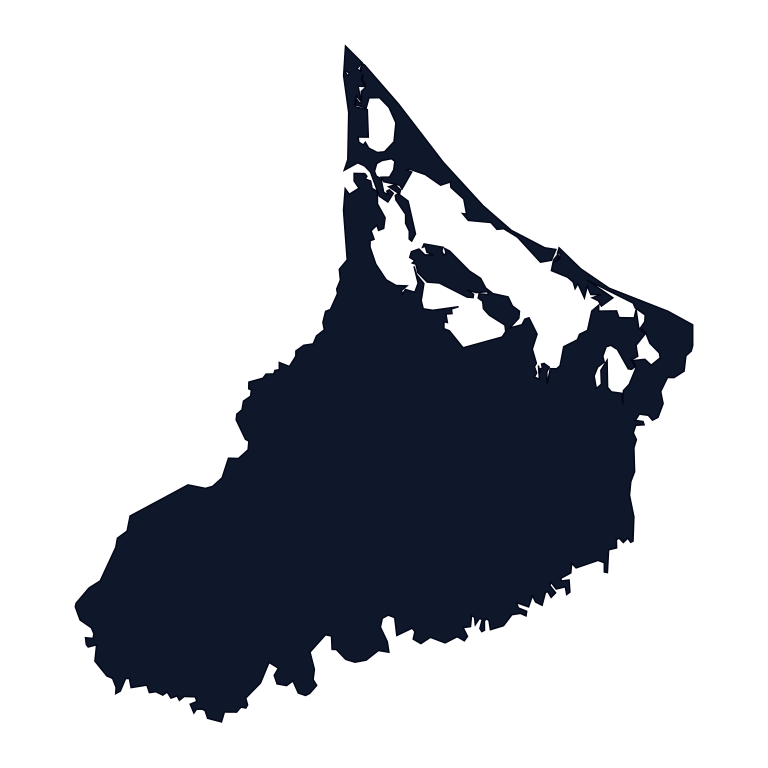 outline of Puerto Lempira, Gracias a Dios, Honduras
{"feature_id": "27666195B20969327250579", "entity_name": "Puerto Lempira", "entity_type": "district", "adm_level": 2, "iso_a3": "HND", "parent_name": "Honduras", "parent_adm1": "Gracias a Dios", "projection": "equal_earth", "projection_center": [-84.066, 15.172], "detail": "fine", "context": "isolated", "style": "filled", "palette": "ink", "viewbox_px": 768, "rotation_deg": 0, "n_neighbors": 0, "source": "geoboundaries", "source_scale": "gbopen_adm2", "svg_char_len": 6098}
<svg xmlns="http://www.w3.org/2000/svg" viewBox="0 0 768 768"><path d="M343.5,210.4L347.2,259.8L339.3,269.3L340.4,280.0L336.7,289.0L337.5,293.7L330.4,309.5L325.6,311.4L322.9,322.3L324.3,329.8L316.5,335.9L313.2,343.9L303.7,345.3L295.9,351.0L295.8,356.2L289.4,366.5L279.3,362.5L279.3,369.7L275.0,370.4L273.7,374.0L266.1,374.1L262.9,378.2L248.9,382.1L248.7,388.8L251.4,389.8L250.6,396.2L243.5,401.1L242.0,409.8L236.8,414.1L236.2,419.9L245.5,439.3L248.9,441.1L248.1,449.8L238.4,458.5L228.5,458.2L222.1,477.8L212.6,486.4L205.5,488.4L188.0,484.9L130.1,516.0L127.1,531.1L117.4,538.2L115.8,547.3L100.2,580.9L89.1,587.9L76.1,603.2L75.3,606.8L80.1,620.0L91.4,627.8L93.9,633.8L93.1,638.5L85.5,637.7L86.3,644.5L88.2,647.0L96.6,644.8L94.9,661.1L106.9,676.0L112.6,678.4L116.1,687.5L115.7,693.6L120.3,691.1L125.6,678.5L129.4,678.5L131.1,687.6L146.9,685.1L149.4,692.6L155.9,691.7L162.8,695.1L167.2,692.0L171.0,698.1L177.1,695.9L179.4,700.3L184.1,696.5L195.2,696.8L196.9,701.5L190.2,704.2L193.9,713.0L196.5,709.2L202.3,709.2L205.1,710.6L207.6,718.3L221.5,721.9L224.4,712.0L236.6,712.1L240.9,707.1L245.9,708.0L247.6,704.9L245.7,698.1L260.5,683.0L269.0,662.4L278.4,668.2L274.2,675.3L277.1,683.9L286.6,685.6L292.9,680.9L298.3,693.0L305.5,695.5L309.7,693.4L316.7,685.4L313.1,679.6L314.4,669.4L310.0,652.1L325.5,634.8L331.5,636.0L332.1,649.4L336.3,649.5L345.8,659.4L355.0,662.2L366.2,660.1L378.4,650.5L388.9,652.2L387.3,641.7L380.4,627.1L382.3,618.3L388.2,615.1L394.7,617.6L396.8,635.5L412.2,628.1L414.9,631.7L413.2,639.1L420.9,643.6L430.4,637.3L445.1,642.9L457.2,636.7L464.3,640.8L467.5,636.4L463.1,627.6L470.5,626.6L471.5,615.6L474.5,617.2L475.3,624.7L479.3,618.6L482.3,619.2L479.9,628.5L481.8,631.6L484.5,630.2L484.4,620.9L486.5,618.7L489.0,620.6L490.4,629.7L503.5,625.7L511.9,614.7L520.4,613.4L526.0,615.9L526.7,611.3L518.3,607.9L516.6,602.7L528.6,606.9L532.4,595.6L535.6,602.0L542.1,605.3L545.5,592.2L548.0,591.9L551.1,597.4L555.6,592.8L549.9,585.6L550.8,582.0L556.2,589.0L565.3,586.8L566.7,594.5L569.9,592.1L569.1,580.0L561.3,581.0L560.9,578.3L570.8,572.9L571.7,563.2L576.1,567.9L598.0,560.4L604.3,562.7L604.3,572.0L607.4,572.6L608.6,549.8L616.6,547.9L616.4,539.7L619.1,538.1L623.3,542.5L627.8,538.1L630.7,542.3L633.0,541.2L633.9,516.9L629.5,495.3L630.8,481.6L634.6,471.7L633.9,447.8L636.4,439.6L633.3,433.0L635.7,425.3L644.1,424.8L643.0,421.5L635.3,420.4L639.3,414.1L648.3,415.3L652.5,420.2L658.0,417.3L663.1,403.6L660.7,391.5L667.5,377.5L674.0,377.6L684.1,371.1L685.9,355.8L691.2,351.1L692.7,345.7L692.7,324.8L668.0,311.3L609.1,288.2L580.7,268.8L559.1,247.8L557.5,253.3L559.9,252.7L560.2,258.5L554.7,262.4L559.1,257.8L557.9,254.5L553.6,259.9L551.4,270.6L567.6,277.2L573.2,282.1L575.1,288.6L577.9,283.6L584.4,297.9L587.3,286.0L590.8,294.5L600.8,294.7L592.2,297.8L598.4,300.8L601.4,306.1L612.9,297.8L586.8,279.9L633.2,303.1L635.2,307.9L645.2,314.9L644.8,321.6L640.7,327.7L645.7,332.7L649.8,343.2L659.4,353.0L660.2,357.9L651.2,365.2L644.9,359.3L632.9,360.6L636.1,367.7L629.2,384.4L623.4,390.6L622.9,404.7L621.8,393.3L611.4,391.9L607.6,387.4L607.1,360.3L600.9,370.2L601.4,384.2L596.3,388.5L594.1,375.9L597.6,367.2L604.2,362.1L602.8,356.2L606.2,346.7L610.9,345.3L617.4,349.5L628.3,368.9L631.6,369.3L634.9,366.9L631.2,360.0L637.8,356.2L636.0,345.4L645.1,334.0L638.7,327.7L636.1,309.6L634.2,317.9L618.9,317.6L616.6,310.9L598.6,311.1L598.8,305.1L591.8,311.0L587.5,330.4L579.5,334.3L577.4,339.8L563.7,346.7L560.1,365.7L556.6,368.8L550.3,368.7L547.1,384.1L546.8,372.0L549.3,367.2L544.1,363.4L541.5,364.1L542.5,368.1L540.2,368.8L540.1,373.2L538.4,365.5L539.4,379.2L534.5,377.0L536.7,372.9L534.4,366.7L536.4,363.3L532.3,349.1L537.1,334.1L529.0,317.8L524.8,319.2L522.0,324.7L509.8,328.0L518.8,318.2L519.5,311.2L512.4,305.9L508.1,296.9L492.9,293.6L485.7,288.0L480.7,278.4L469.5,271.1L449.6,251.0L444.8,248.6L446.0,253.3L443.8,255.3L441.8,251.0L443.1,247.3L424.1,243.9L422.6,247.2L425.3,246.3L426.9,252.3L433.5,254.9L424.9,254.9L418.9,249.0L411.4,251.7L409.7,257.4L414.9,260.7L412.3,263.0L415.9,264.2L417.9,272.6L427.2,282.1L439.3,283.0L467.1,297.1L473.1,297.6L473.6,294.3L466.8,289.7L476.1,292.6L487.9,291.7L488.1,294.6L479.1,293.8L478.2,298.1L482.7,301.3L483.4,308.7L489.3,315.2L505.0,325.1L505.7,331.7L502.1,337.0L463.1,347.8L449.4,330.8L443.9,328.7L444.0,321.7L447.4,322.5L445.9,314.0L452.0,313.6L451.4,309.0L458.6,306.7L432.9,310.3L423.2,308.8L421.2,300.7L423.9,283.6L416.7,274.7L414.0,266.3L418.1,283.2L414.8,292.2L405.4,289.5L402.5,294.2L401.4,290.5L406.9,285.9L396.1,285.5L386.2,279.8L375.8,264.1L370.0,247.0L370.1,240.7L374.1,239.3L371.1,230.8L376.8,225.2L378.6,230.4L383.7,228.4L385.1,217.7L377.5,204.0L377.3,191.6L372.1,188.3L370.6,181.0L365.2,179.0L366.9,176.3L364.8,173.6L354.1,173.4L354.1,181.0L359.0,188.2L349.3,194.3L345.2,188.7L343.5,210.4ZM345.5,46.1L343.6,75.7L348.7,112.6L347.8,159.6L344.2,170.3L357.7,162.8L364.6,165.9L370.5,172.1L379.3,196.2L387.9,202.0L393.3,193.3L389.3,189.8L386.8,191.1L388.5,194.3L383.8,192.6L380.9,178.6L376.3,176.1L374.5,171.2L376.7,163.5L382.1,160.5L391.5,158.7L394.8,161.3L393.7,169.9L389.5,177.1L381.2,177.2L383.8,181.7L399.8,185.3L402.0,189.0L411.7,172.0L406.8,170.2L409.3,169.0L425.4,174.6L440.6,185.2L450.4,181.9L450.9,187.4L463.8,199.1L466.6,214.2L462.6,213.6L468.3,220.4L490.9,222.5L497.0,229.4L503.7,228.7L517.5,237.2L540.5,262.2L551.4,260.3L555.9,249.5L544.8,247.8L511.4,230.4L483.1,205.8L443.2,162.2L398.6,104.1L364.5,64.9L362.7,63.9L360.4,68.1L361.0,71.4L356.7,68.8L362.3,62.9L345.5,46.1ZM363.3,74.3L362.4,79.1L365.3,84.1L365.5,87.6L361.3,91.4L361.6,102.1L359.7,103.2L356.6,99.1L355.7,104.8L366.2,107.9L369.0,97.8L379.6,97.7L389.0,107.4L395.9,122.8L394.0,141.7L384.5,151.8L377.3,152.5L368.7,148.1L365.3,142.3L363.4,145.0L358.8,142.2L358.2,137.0L368.3,137.1L367.3,109.6L355.9,107.0L354.4,104.2L356.6,96.0L361.0,101.3L358.1,86.2L364.5,86.5L361.2,78.2L363.3,74.3ZM349.3,73.1L347.7,76.2L345.2,71.8L346.4,71.2L349.3,73.1ZM408.1,201.1L398.1,193.6L395.3,195.5L395.9,199.9L405.6,214.3L405.6,223.4L409.3,231.1L409.2,239.0L411.7,241.1L415.5,233.9L408.1,201.1ZM400.6,189.9L395.0,185.0L388.6,186.7L399.5,193.9L400.6,189.9Z" fill="#0f172a" stroke="#020617" stroke-width="1.5"/></svg>